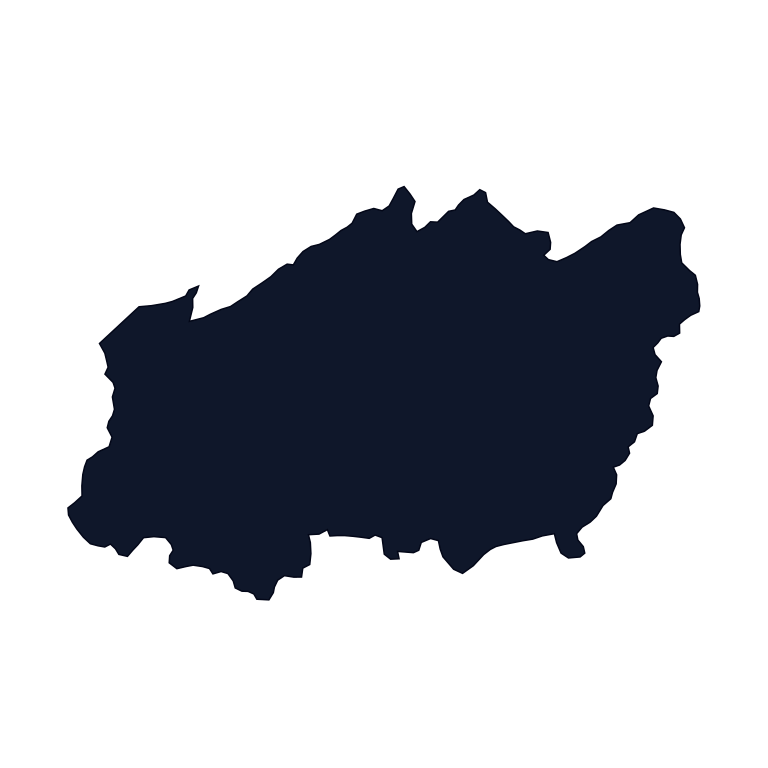 Taquarituba, São Paulo, Brazil (Albers equal-area conic projection), rotated 105°
{"feature_id": "56859067B69954779789207", "entity_name": "Taquarituba", "entity_type": "district", "adm_level": 2, "iso_a3": "BRA", "parent_name": "Brazil", "parent_adm1": "São Paulo", "projection": "albers", "projection_center": [-49.233, -23.534], "detail": "fine", "context": "isolated", "style": "filled", "palette": "ink", "viewbox_px": 768, "rotation_deg": 105, "n_neighbors": 0, "source": "geoboundaries", "source_scale": "gbopen_adm2", "svg_char_len": 3061}
<svg xmlns="http://www.w3.org/2000/svg" viewBox="0 0 768 768"><g transform="rotate(105 384 384)"><path d="M585.5,657.2L592.2,654.8L598.3,649.1L603.6,643.1L609.8,634.7L614.3,626.3L614.3,618.3L613.7,611.5L609.4,606.8L612.7,600.7L617.2,596.0L616.9,587.2L609.4,583.6L603.1,580.2L594.7,576.5L591.0,566.8L588.9,555.2L594.1,547.9L599.1,544.6L605.3,546.6L612.3,545.2L616.0,536.3L611.6,528.1L608.4,521.5L607.3,512.0L607.4,504.8L611.7,500.1L607.3,492.8L607.5,485.7L613.2,478.7L619.5,474.9L620.9,467.6L619.5,461.6L620.5,455.4L624.8,451.1L622.3,439.3L614.2,436.9L608.5,437.3L601.0,435.9L594.9,430.6L593.9,421.2L591.8,413.7L582.9,414.8L577.6,409.0L566.8,410.7L556.2,414.1L549.1,418.0L545.8,407.9L539.3,401.0L544.8,396.9L542.4,389.6L540.6,382.8L539.1,374.4L537.9,366.3L536.9,358.3L532.2,353.5L532.9,346.1L548.3,339.7L551.5,332.3L548.9,324.2L542.2,327.6L539.3,311.9L535.6,307.4L527.4,307.0L521.2,299.0L521.2,290.9L528.9,287.0L535.7,282.3L544.9,268.8L546.6,259.1L536.4,250.7L523.0,243.6L516.3,238.5L512.0,233.8L508.0,226.7L499.4,209.2L495.3,200.1L489.7,191.7L484.5,180.7L492.6,176.2L501.5,169.2L504.3,160.8L500.3,149.8L495.4,146.3L489.5,149.4L484.5,156.4L478.7,159.2L471.0,155.6L463.9,149.0L456.7,144.6L444.7,141.0L436.1,135.2L429.6,135.2L420.4,133.9L411.5,135.8L405.0,141.0L401.3,135.5L395.4,131.3L387.3,128.9L381.5,131.9L375.0,127.1L366.4,126.5L362.1,120.1L354.4,114.1L345.1,115.8L336.7,122.7L329.0,122.8L322.5,117.6L315.0,118.7L307.5,123.1L300.2,123.8L290.7,121.8L285.5,129.8L279.1,133.5L273.4,130.2L268.1,128.1L264.2,122.4L263.0,116.4L258.3,111.6L249.7,114.1L244.1,110.3L238.3,105.6L232.6,98.7L226.9,99.2L219.8,101.7L214.3,105.0L206.6,106.9L198.4,111.4L195.4,118.1L189.9,127.8L182.2,131.3L172.5,134.2L163.0,135.5L155.3,134.2L147.9,140.4L143.2,148.4L143.2,158.1L144.2,169.2L148.8,174.7L154.7,181.8L164.5,188.1L170.2,200.1L177.5,206.6L185.8,212.6L192.7,220.4L199.2,225.4L208.4,233.5L214.8,240.6L221.1,248.6L221.3,257.4L218.3,263.0L210.9,258.4L204.1,259.7L195.2,264.7L196.5,275.5L202.3,286.4L200.1,292.6L198.6,299.5L194.9,305.5L191.0,312.6L186.0,321.9L181.6,331.1L172.9,335.4L171.5,341.8L178.2,346.1L185.1,354.5L191.8,358.3L197.5,360.3L200.5,366.3L207.0,370.1L213.8,374.1L215.3,381.1L222.1,385.1L228.3,391.6L222.4,398.6L212.2,401.7L199.7,401.3L193.8,408.0L188.1,415.7L192.1,420.8L202.9,423.2L210.7,425.1L217.1,430.6L217.1,439.3L222.0,447.4L227.0,454.3L236.9,456.4L242.1,460.2L246.8,465.2L252.7,469.5L258.4,474.0L265.9,482.6L270.0,490.0L277.0,496.5L284.8,500.4L292.4,502.4L293.3,508.6L300.4,515.6L309.6,521.0L318.3,528.3L326.3,535.4L334.4,539.2L342.3,546.5L348.9,552.3L354.1,560.6L361.5,569.7L366.7,575.4L373.9,588.2L359.6,588.5L350.9,591.0L344.5,588.9L337.4,588.5L343.6,596.6L350.3,598.3L359.0,609.7L362.7,616.1L368.5,628.8L372.8,640.6L418.5,669.3L426.5,661.6L433.3,657.9L439.2,654.8L446.7,656.1L452.6,646.1L457.7,642.7L466.8,643.0L478.2,637.8L485.0,638.0L491.2,640.1L497.9,640.0L505.7,632.9L515.8,633.3L523.4,642.5L529.9,646.8L534.4,651.1L541.4,651.8L549.4,651.5L560.5,649.5L570.3,646.7L578.9,652.2L585.5,657.2Z" fill="#0f172a" stroke="#020617" stroke-width="1.5"/></g></svg>